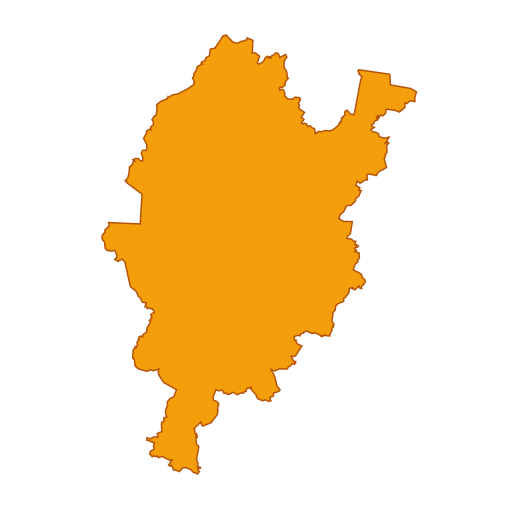 Villanueva, Zacatecas, Mexico, rotated 182°
{"feature_id": "50627088B74435017119016", "entity_name": "Villanueva", "entity_type": "district", "adm_level": 2, "iso_a3": "MEX", "parent_name": "Mexico", "parent_adm1": "Zacatecas", "projection": "robinson", "projection_center": [-102.865, 22.335], "detail": "fine", "context": "isolated", "style": "filled", "palette": "amber", "viewbox_px": 512, "rotation_deg": 182, "n_neighbors": 0, "source": "geoboundaries", "source_scale": "gbopen_adm2", "svg_char_len": 6105}
<svg xmlns="http://www.w3.org/2000/svg" viewBox="0 0 512 512"><g transform="rotate(182 256 256)"><path d="M404.5,284.3L403.7,281.0L407.9,276.7L407.9,274.4L410.2,271.7L410.6,269.6L410.0,266.9L407.9,264.7L406.9,258.2L405.2,256.5L400.6,255.8L398.0,256.7L396.7,255.7L395.3,252.4L395.2,249.4L397.1,247.7L393.6,245.8L389.9,248.2L386.9,245.7L380.5,221.1L374.9,216.7L373.5,214.9L372.6,211.9L370.7,210.8L367.8,205.7L364.3,205.6L365.1,201.2L363.3,201.4L362.8,199.6L360.0,200.5L358.8,199.3L357.7,199.6L355.6,196.4L359.3,193.8L357.8,191.1L358.9,190.2L359.0,188.6L360.4,187.9L359.0,186.3L362.2,180.9L363.0,175.7L365.9,173.9L366.6,171.2L368.2,172.1L370.1,171.0L370.5,169.7L369.9,168.8L371.9,165.7L371.5,162.6L372.6,160.1L373.3,159.9L373.7,160.9L374.3,158.9L375.4,158.3L375.7,149.5L373.9,148.2L373.2,142.6L372.3,141.1L369.0,138.9L361.5,137.1L359.5,137.3L358.4,138.7L354.3,137.8L349.0,139.6L349.8,136.9L349.0,133.8L343.8,126.3L330.8,119.6L333.3,112.2L336.8,110.7L339.5,107.3L339.3,103.2L340.6,100.0L341.0,95.9L339.5,91.9L342.4,91.2L342.3,87.4L344.3,86.7L344.7,84.6L343.9,77.3L348.5,75.2L347.9,71.7L352.5,71.4L355.2,69.5L358.5,70.5L358.8,68.2L350.8,65.6L351.8,62.8L351.1,59.3L354.8,57.1L354.7,55.4L355.5,54.5L352.7,51.7L351.5,52.7L349.2,52.0L347.9,52.6L346.3,51.1L343.0,52.5L335.0,48.8L332.8,49.3L336.1,43.9L334.2,42.9L333.5,44.0L332.6,43.2L330.8,39.1L329.3,39.5L325.2,37.8L321.7,41.9L318.4,42.0L314.0,40.4L310.6,37.2L309.4,37.4L307.1,36.0L305.1,38.6L306.8,40.0L306.9,41.1L304.1,42.0L304.6,43.1L307.0,43.2L306.9,47.7L308.0,48.8L308.3,51.4L306.5,63.4L309.0,66.1L309.6,72.3L308.4,72.7L308.6,73.9L310.5,74.4L308.7,74.1L309.2,76.5L310.8,76.5L311.1,79.7L312.0,81.2L305.4,88.0L304.1,84.8L303.1,84.2L295.0,87.9L289.5,95.6L288.6,99.7L288.7,101.1L289.3,101.2L288.0,107.0L290.2,109.3L293.4,110.3L294.0,113.3L291.4,121.0L288.4,119.9L285.2,120.9L283.2,117.6L281.5,117.9L279.4,116.7L277.6,116.9L274.3,119.0L269.6,116.7L266.4,118.8L264.0,118.3L262.9,120.0L261.3,120.2L261.3,121.7L259.7,123.8L258.0,123.5L256.6,124.9L256.4,123.0L250.5,116.4L250.8,115.5L248.7,113.1L244.0,111.5L242.1,112.5L237.6,111.2L236.0,111.9L236.9,113.1L237.0,115.3L233.8,116.5L233.6,119.9L230.5,120.6L227.8,122.1L227.3,123.2L230.5,126.7L233.0,136.0L237.0,143.2L233.4,141.7L228.8,144.0L220.8,144.2L219.6,146.5L217.6,147.5L216.3,149.7L213.8,148.9L213.7,150.2L212.7,150.3L212.7,152.0L214.6,152.0L217.5,157.1L214.4,156.9L212.9,157.7L207.1,167.7L211.1,169.3L213.2,171.9L212.7,173.2L214.6,173.5L215.1,176.9L211.2,178.3L209.4,177.7L208.3,179.7L207.0,180.7L205.7,180.5L205.6,181.5L203.1,182.9L197.1,180.5L194.4,181.3L189.0,179.1L188.3,178.0L187.1,178.6L186.6,177.8L184.6,179.9L183.7,178.9L179.6,178.6L179.3,180.9L177.3,184.6L177.9,185.9L176.0,188.2L176.0,189.2L176.7,189.1L175.7,190.5L178.1,194.1L177.1,198.9L177.3,201.6L174.9,205.0L174.6,208.8L172.5,211.2L166.8,213.7L166.8,217.0L165.4,217.6L162.0,222.3L161.4,227.1L159.1,227.4L158.6,226.7L158.1,227.7L156.1,225.6L152.0,229.6L151.0,227.4L149.3,227.1L149.6,229.0L147.2,231.5L145.8,234.5L146.4,236.1L148.7,238.0L150.1,241.3L151.3,242.3L158.2,245.4L156.7,251.3L154.0,253.7L154.5,254.9L152.6,257.7L153.0,262.6L157.3,263.7L155.7,264.8L157.5,266.3L157.2,267.7L154.9,268.4L154.2,269.8L156.1,269.6L155.9,271.0L157.8,271.2L156.8,274.1L159.4,274.4L160.9,276.1L165.7,276.9L165.3,278.9L162.5,281.5L160.9,293.7L169.7,293.6L174.6,296.2L173.2,300.3L170.0,303.2L167.2,309.5L162.9,310.0L159.7,313.0L158.4,314.7L158.7,315.9L158.0,317.4L155.7,318.9L154.8,320.9L153.2,325.1L155.6,325.1L154.5,327.7L158.7,330.1L157.3,334.5L154.5,332.3L149.0,336.2L147.7,335.7L147.2,336.7L148.2,341.1L145.4,341.9L138.6,340.6L136.4,344.4L128.6,349.0L131.2,357.2L129.9,361.5L130.5,362.1L128.7,364.0L129.3,370.9L127.2,373.5L128.4,374.5L130.6,373.4L127.1,379.4L131.7,378.3L134.7,378.8L137.2,379.9L137.5,382.2L140.8,384.0L143.7,384.0L144.5,384.9L145.5,386.6L142.3,388.6L145.1,390.0L144.8,391.6L143.1,392.2L142.2,394.9L138.9,396.5L140.7,399.0L139.7,400.1L139.4,398.4L137.9,398.2L137.4,399.1L138.5,399.7L136.3,401.6L135.6,400.7L134.0,400.7L131.5,403.0L131.1,406.9L129.7,407.2L122.7,406.5L117.7,404.9L112.4,409.6L112.4,414.2L110.4,413.6L107.8,416.3L102.5,416.0L102.9,419.3L101.4,425.7L107.2,428.8L127.6,431.7L128.6,442.3L159.7,445.7L160.5,444.5L159.1,442.3L159.7,441.7L156.5,439.0L157.6,435.3L162.8,400.8L166.7,401.0L169.7,404.7L171.4,404.4L172.4,402.8L171.8,400.2L173.6,398.5L173.9,399.2L173.9,397.4L175.3,397.1L175.5,393.4L176.3,393.4L176.2,392.2L176.8,392.5L178.6,389.0L181.1,386.9L184.0,384.5L187.8,383.4L190.6,384.0L195.3,382.4L197.7,382.8L200.9,380.3L202.0,385.4L204.8,386.2L206.4,388.1L208.0,387.2L209.8,388.5L210.0,389.8L212.3,390.4L213.6,389.6L215.3,390.6L212.8,394.1L215.6,396.3L212.5,401.2L218.6,405.1L217.8,408.0L218.9,409.8L216.9,414.2L218.0,415.7L222.4,416.1L225.4,413.9L229.7,414.1L232.8,417.0L233.0,420.3L234.3,422.9L235.4,423.5L238.3,422.6L238.2,425.4L236.1,425.4L233.8,426.7L232.9,428.5L232.7,431.3L230.0,434.6L230.9,435.7L231.7,441.0L234.5,445.7L234.7,450.3L234.0,453.2L232.1,455.8L233.6,458.4L239.1,455.3L241.0,459.4L243.6,459.6L245.0,457.7L247.2,456.8L248.0,454.4L249.1,455.6L250.0,454.4L250.2,455.5L251.9,456.0L254.1,453.7L255.3,450.8L258.5,448.3L260.3,448.0L261.5,449.0L259.4,455.8L263.8,459.1L266.8,458.6L266.6,471.4L272.5,473.7L272.8,471.7L274.4,471.4L274.9,470.5L277.7,470.2L282.1,468.0L284.1,468.2L286.7,469.1L293.8,476.0L295.4,474.7L296.5,475.1L304.3,462.3L308.9,461.2L309.5,454.5L312.8,452.6L313.9,449.4L316.9,448.2L317.6,446.8L316.1,445.8L320.2,444.1L321.4,442.8L322.2,439.4L324.4,436.3L324.4,433.2L325.7,431.8L323.9,428.5L324.2,425.1L330.2,420.6L339.4,415.5L345.1,414.0L349.2,411.5L349.6,412.0L350.2,410.1L356.7,407.1L360.5,403.8L360.0,398.5L360.9,392.9L362.4,392.4L364.7,388.7L363.3,386.6L363.2,383.5L365.6,381.5L366.0,379.8L365.2,378.4L367.0,378.9L369.7,377.2L369.9,374.9L372.5,369.5L369.1,363.8L368.9,359.2L369.5,357.7L372.9,357.7L374.0,355.7L374.2,354.4L372.6,350.6L372.5,347.3L374.9,347.2L377.1,349.3L380.3,349.1L382.4,347.8L380.4,346.7L382.0,345.7L383.2,342.6L385.6,340.6L385.7,334.9L386.8,329.7L389.3,326.6L388.0,326.4L388.1,325.0L372.1,313.9L372.8,284.0L404.5,284.3Z" fill="#f59e0b" stroke="#b45309" stroke-width="1.5"/></g></svg>